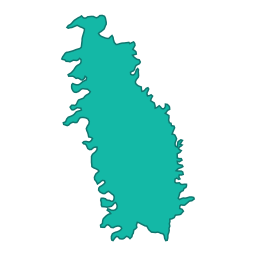 Presidente Juscelino, Minas Gerais, Brazil
{"feature_id": "56859067B65313354012755", "entity_name": "Presidente Juscelino", "entity_type": "district", "adm_level": 2, "iso_a3": "BRA", "parent_name": "Brazil", "parent_adm1": "Minas Gerais", "projection": "natural_earth1", "projection_center": [-44.096, -18.713], "detail": "fine", "context": "isolated", "style": "filled", "palette": "teal", "viewbox_px": 256, "rotation_deg": 0, "n_neighbors": 0, "source": "geoboundaries", "source_scale": "gbopen_adm2", "svg_char_len": 5769}
<svg xmlns="http://www.w3.org/2000/svg" viewBox="0 0 256 256"><path d="M62.6,57.0L61.8,59.0L63.0,59.6L64.6,59.7L66.1,61.3L68.3,61.4L70.0,61.8L73.3,60.2L76.8,60.5L78.3,59.8L79.6,58.4L81.0,59.6L81.1,61.7L80.5,63.3L79.0,64.6L77.5,65.3L76.0,66.6L74.7,68.4L73.8,70.0L71.2,72.8L68.1,74.7L68.7,76.2L72.8,76.2L74.3,77.0L76.1,78.4L77.8,78.0L79.3,78.6L80.9,79.8L82.4,80.0L84.1,78.6L85.1,76.3L86.6,77.5L86.3,79.8L82.7,81.7L80.0,84.0L78.3,84.8L76.4,84.8L74.5,84.3L72.8,83.5L71.8,84.6L71.6,86.3L71.7,88.0L72.2,89.4L73.2,91.1L74.3,92.1L76.1,92.4L78.5,91.5L80.1,90.2L81.1,89.2L82.8,88.6L84.6,88.9L87.6,89.2L90.3,91.6L89.4,93.2L88.0,94.2L86.3,95.1L84.7,96.5L83.6,98.1L78.6,100.0L77.7,101.3L77.0,103.0L76.1,104.7L74.7,105.5L73.4,105.2L71.7,105.2L70.1,107.1L71.1,108.9L72.1,109.9L73.7,109.8L77.1,107.7L80.9,108.2L81.4,110.0L79.8,110.7L78.1,111.1L76.3,111.8L74.1,114.4L73.0,115.2L71.3,116.1L68.3,117.2L66.8,118.9L65.6,121.8L63.3,122.7L63.7,124.4L67.2,125.6L68.7,125.0L69.8,123.8L71.1,122.9L73.1,122.1L75.0,122.6L76.8,122.5L77.9,121.1L78.8,119.3L80.3,117.6L82.8,117.4L84.7,117.6L86.2,118.0L87.9,118.9L89.3,121.5L88.9,123.9L87.4,126.1L86.3,128.6L86.8,130.6L87.6,132.3L88.2,134.2L88.7,136.9L91.0,137.4L92.5,138.4L91.6,140.2L90.3,141.5L89.0,142.0L86.0,141.4L83.9,141.6L82.7,142.7L83.6,143.8L85.2,144.1L86.3,145.1L87.8,148.5L89.5,149.6L91.3,149.5L93.7,147.5L95.5,147.1L97.0,147.2L97.0,149.7L95.5,151.8L92.5,154.3L91.5,156.4L91.5,162.3L91.8,164.8L91.9,166.6L93.6,167.8L96.3,168.9L98.0,169.9L98.9,171.1L97.8,172.3L96.0,173.8L95.1,175.5L94.4,177.3L94.7,179.6L96.2,181.4L97.5,184.0L100.1,182.2L101.1,181.2L102.5,180.4L104.5,180.7L105.1,182.6L103.6,184.3L101.6,185.8L99.9,186.7L98.8,188.1L98.6,190.1L99.9,191.9L101.4,192.8L103.1,193.6L104.8,193.6L106.7,192.2L108.4,191.3L110.1,192.4L111.5,193.7L113.3,194.9L114.2,196.6L114.1,198.2L113.8,199.9L112.7,201.3L111.1,201.3L109.6,200.4L108.1,200.3L106.5,199.9L105.5,198.8L103.2,198.2L101.2,198.3L100.7,200.1L101.4,202.8L101.3,205.0L102.0,206.6L105.2,206.8L107.2,207.2L111.4,206.3L113.1,204.7L114.3,203.1L115.6,202.5L116.6,204.0L117.2,205.9L116.8,208.3L115.3,209.8L113.5,210.4L111.2,210.2L109.3,209.2L107.8,208.8L107.2,210.3L109.4,211.7L110.7,213.6L108.5,214.3L106.4,215.7L104.2,217.8L103.2,219.0L102.7,220.8L102.4,223.5L100.5,225.1L100.8,227.1L102.4,227.3L104.6,227.3L106.4,225.2L108.0,224.7L109.5,225.7L111.1,227.4L113.2,227.7L115.0,226.7L117.5,226.0L119.3,226.1L120.9,226.9L121.7,228.3L120.9,229.7L119.5,230.8L117.2,231.8L115.3,232.3L113.8,233.0L112.4,233.9L111.4,236.3L111.4,238.5L111.8,240.1L113.0,240.6L115.1,237.7L116.6,236.4L118.3,236.9L119.5,238.6L121.1,238.9L122.9,238.9L124.3,238.2L125.3,237.2L126.6,236.3L128.4,237.0L130.0,238.6L131.9,236.7L132.3,234.6L133.2,233.4L133.8,230.0L135.4,228.9L136.8,227.5L136.4,225.0L137.3,222.3L139.2,222.8L140.7,223.7L145.1,225.9L146.8,226.1L148.8,229.7L151.4,232.1L155.5,232.5L157.7,232.1L159.2,232.5L160.7,233.3L162.8,233.7L164.2,235.4L164.7,238.5L165.7,240.6L167.2,240.3L167.8,238.0L167.9,234.8L168.8,232.4L169.2,230.5L169.0,228.3L169.8,226.1L169.3,223.7L169.9,221.7L169.8,219.2L171.9,218.8L174.2,217.6L175.4,215.2L179.2,214.7L180.7,214.3L183.4,211.2L182.1,209.3L179.7,208.5L179.8,206.0L181.1,204.8L183.0,205.2L184.7,205.1L189.4,201.1L191.9,200.7L194.2,199.0L193.7,197.5L191.8,197.0L189.7,197.0L186.4,198.0L185.0,198.2L183.4,198.0L181.6,198.5L179.6,199.5L178.2,198.2L179.0,196.0L179.8,192.9L181.4,191.4L183.1,190.6L184.1,188.3L185.9,187.5L186.5,185.9L186.5,184.3L184.7,184.2L182.4,184.5L180.7,184.2L179.4,182.8L176.2,183.1L174.8,181.9L175.0,179.1L176.7,178.1L178.7,179.4L180.0,178.9L178.8,177.0L179.3,174.9L181.5,175.0L183.2,174.4L182.7,172.0L181.3,171.1L177.8,171.0L176.2,170.7L177.5,169.2L178.8,168.3L180.9,167.7L182.9,166.6L182.2,165.2L180.4,164.9L178.7,164.4L177.6,163.6L177.3,161.3L179.3,161.8L182.0,160.1L181.2,158.6L179.2,158.6L177.3,158.0L177.2,156.2L177.2,153.8L180.0,152.3L181.3,150.6L179.7,149.8L178.5,148.6L179.4,147.0L180.8,146.3L182.2,145.0L180.1,144.2L181.1,142.5L182.5,140.4L180.9,139.8L179.2,140.8L177.9,142.0L177.6,144.3L177.2,147.1L175.6,146.3L175.1,144.9L175.1,142.9L176.6,138.8L175.6,136.5L174.8,135.0L173.4,134.3L172.1,134.1L172.9,131.8L174.6,127.8L174.0,126.1L171.5,125.7L171.0,123.3L169.4,122.8L168.6,120.1L169.0,117.5L168.9,115.6L165.2,113.2L166.4,112.1L167.5,110.4L169.7,109.3L169.5,107.0L168.7,105.7L167.3,104.4L165.4,104.1L165.4,106.5L164.5,108.2L163.2,108.9L161.6,108.4L160.5,106.9L159.2,105.7L157.1,107.4L155.2,108.1L155.0,105.6L154.3,103.0L150.6,100.7L151.2,98.6L152.6,96.1L151.1,94.8L149.4,95.6L147.5,95.9L146.9,93.9L147.2,92.3L148.0,90.8L148.7,89.0L147.9,87.7L146.2,88.4L144.8,90.1L143.5,91.1L141.9,91.4L141.4,89.1L141.3,87.0L138.3,85.9L137.0,84.9L135.6,83.4L135.4,81.6L136.3,79.6L138.3,77.1L138.6,75.6L138.3,71.3L138.5,69.8L137.7,68.5L136.3,69.9L135.7,72.1L134.9,73.8L133.4,75.0L132.0,74.9L130.7,74.3L130.5,72.3L132.2,71.3L133.6,70.8L134.4,69.5L135.0,67.5L136.1,65.4L139.5,63.6L140.3,62.0L139.2,59.8L136.7,59.2L134.0,57.1L132.5,55.2L136.3,54.1L136.0,51.9L134.6,50.5L132.8,49.4L135.0,45.4L134.7,43.4L133.6,41.9L129.8,43.6L128.9,42.4L124.3,43.0L122.1,43.1L119.9,43.6L117.9,44.3L116.1,44.5L114.3,42.5L113.4,39.6L113.0,37.2L112.0,35.5L110.5,36.8L108.9,38.4L107.1,38.4L105.3,38.0L101.8,36.6L100.5,35.9L99.3,34.8L98.5,33.4L99.7,32.3L101.1,31.5L104.0,29.1L104.7,27.6L105.4,25.7L106.2,24.2L106.2,22.3L105.4,18.2L104.5,16.3L102.2,15.4L99.8,15.6L98.3,17.0L96.6,17.8L94.9,17.3L93.5,16.5L91.5,16.4L87.7,16.8L86.5,17.7L85.1,18.2L83.3,17.8L81.5,15.9L80.0,17.0L78.4,17.7L74.5,20.2L73.3,21.4L71.4,23.6L70.0,24.7L68.3,25.5L66.9,27.4L68.2,28.2L70.1,27.7L71.9,27.5L77.1,25.3L78.7,26.0L80.3,26.9L82.3,27.6L84.4,28.8L84.3,30.9L82.5,36.9L82.1,39.0L82.1,40.7L81.3,47.2L79.9,48.5L76.1,49.6L72.8,50.9L68.1,52.2L66.4,52.4L65.2,53.3L62.6,57.0Z" fill="#14b8a6" stroke="#0f766e" stroke-width="1.5"/></svg>